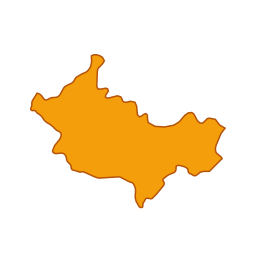 map outline of Loire (Natural Earth projection), rotated 318°
{"feature_id": "FRA-5315", "entity_name": "Loire", "entity_type": "Metropolitan department", "adm_level": 1, "iso_a3": "FRA", "parent_name": "France", "parent_adm1": "", "projection": "natural_earth1", "projection_center": [4.105, 45.756], "detail": "fine", "context": "isolated", "style": "filled", "palette": "amber", "viewbox_px": 256, "rotation_deg": 318, "n_neighbors": 0, "source": "natural_earth", "source_scale": "10m", "svg_char_len": 2645}
<svg xmlns="http://www.w3.org/2000/svg" viewBox="0 0 256 256"><g transform="rotate(318 128 128)"><path d="M198.7,180.0L198.1,187.1L200.0,193.1L193.5,194.3L181.7,199.9L178.9,202.0L177.2,204.6L177.0,206.4L177.8,211.3L177.6,213.3L177.4,213.8L176.8,213.7L159.6,214.7L155.2,210.9L152.1,209.2L148.0,209.0L146.0,208.5L145.2,207.7L144.7,206.5L144.3,205.0L143.3,203.0L143.2,201.6L143.7,200.4L144.4,199.5L145.0,198.5L144.8,196.8L144.1,194.7L141.5,190.6L139.9,189.1L138.5,188.6L137.5,189.3L135.7,191.1L134.6,191.8L133.5,192.0L132.3,191.9L127.2,190.1L124.5,189.6L121.1,189.5L119.7,189.6L118.7,190.2L118.6,191.2L118.5,192.4L117.9,193.3L116.8,194.2L115.5,194.6L104.2,196.3L100.2,196.4L99.1,196.6L98.5,196.5L97.6,195.9L96.9,194.9L96.0,193.8L94.8,192.7L93.6,192.4L91.6,193.3L89.3,193.8L88.2,194.4L86.7,196.0L85.8,196.5L84.9,196.2L84.2,195.6L83.6,194.3L84.9,188.1L86.5,185.0L88.4,182.8L90.9,180.5L92.5,178.6L93.6,176.7L94.6,173.6L94.6,172.0L94.4,171.0L93.0,169.0L89.7,160.1L89.1,159.0L88.2,157.9L72.9,145.8L71.5,143.7L70.0,140.8L66.1,131.8L64.8,129.9L63.9,129.3L63.1,129.0L62.6,128.5L60.8,125.2L58.9,122.4L58.6,121.4L58.7,120.4L60.5,117.5L60.7,116.4L60.7,115.3L60.5,114.2L60.5,113.2L60.6,112.3L60.7,111.7L61.0,111.0L62.6,108.2L63.0,107.1L63.3,105.3L63.0,104.0L62.3,102.7L61.2,101.6L57.9,99.3L56.9,98.4L56.1,96.9L56.0,95.9L56.6,94.5L61.7,92.0L69.9,90.6L72.0,89.7L73.6,88.6L74.6,87.1L74.7,85.9L74.5,84.6L74.0,83.5L73.6,82.3L73.3,81.2L73.0,76.5L72.6,73.7L71.2,69.1L71.0,67.4L71.0,65.4L71.5,62.2L71.5,60.3L71.2,58.6L70.8,57.3L70.5,55.7L70.6,53.3L70.2,52.5L69.9,52.0L69.1,51.6L68.7,51.2L68.1,50.4L68.1,49.2L68.8,48.4L71.1,47.2L72.0,46.5L72.5,45.9L72.9,45.4L73.2,45.1L74.1,44.4L75.3,43.7L83.8,41.3L84.9,43.4L85.4,45.2L85.4,45.5L85.4,45.8L85.0,49.7L85.0,50.8L85.3,51.8L86.1,52.5L87.2,53.0L90.3,53.8L91.6,54.4L95.0,57.0L96.1,57.6L97.6,57.9L99.6,57.8L107.1,55.2L108.6,55.0L110.9,55.4L116.2,57.0L117.5,57.1L118.9,56.9L122.3,55.8L123.8,55.7L130.1,57.0L134.2,58.4L135.4,58.5L136.6,58.5L138.0,58.3L139.7,57.9L141.8,57.0L145.2,54.5L149.0,49.9L151.4,50.6L153.7,52.6L155.4,55.4L156.3,58.4L155.4,62.2L152.4,63.2L145.5,63.7L143.3,65.2L132.6,76.2L131.8,79.0L134.4,81.3L138.1,83.5L139.1,85.3L138.0,87.5L133.7,88.6L131.9,89.8L132.7,92.2L141.7,97.0L143.4,99.9L143.2,101.6L142.1,104.4L142.6,106.2L143.6,107.6L147.6,109.7L150.4,113.5L149.0,117.6L143.9,124.4L143.9,127.3L146.0,128.2L148.8,128.4L150.8,129.1L151.1,131.1L147.8,135.4L146.7,137.6L149.2,144.9L156.0,151.8L164.0,156.6L170.5,157.7L178.5,156.6L182.9,157.1L185.8,159.2L186.3,161.5L184.5,169.0L184.8,172.2L186.0,173.9L188.0,174.4L193.2,174.1L195.1,175.2L198.7,180.0Z" fill="#f59e0b" stroke="#b45309" stroke-width="1.5"/></g></svg>